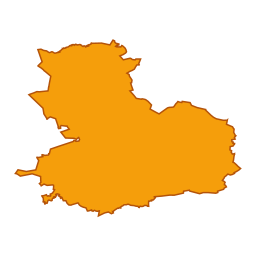 outline of Irlavas pag., Tukums, Latvia
{"feature_id": "27541924B56900525469147", "entity_name": "Irlavas pag.", "entity_type": "district", "adm_level": 2, "iso_a3": "LVA", "parent_name": "Latvia", "parent_adm1": "Tukums", "projection": "natural_earth1", "projection_center": [22.976, 56.86], "detail": "fine", "context": "isolated", "style": "filled", "palette": "amber", "viewbox_px": 256, "rotation_deg": 0, "n_neighbors": 0, "source": "geoboundaries", "source_scale": "gbopen_adm2", "svg_char_len": 5554}
<svg xmlns="http://www.w3.org/2000/svg" viewBox="0 0 256 256"><path d="M240.6,168.5L237.9,166.3L236.5,164.8L234.0,162.6L232.9,162.1L233.5,160.2L233.9,156.9L234.5,153.6L233.9,153.8L234.0,153.9L232.3,154.0L231.4,152.4L231.1,152.1L231.4,151.8L231.6,150.7L229.9,149.9L230.1,147.8L230.2,146.6L233.1,146.0L233.5,145.2L234.4,144.4L234.6,143.5L233.0,143.3L233.2,142.1L231.9,141.7L231.8,139.7L235.1,139.1L234.4,137.6L235.8,135.9L235.4,135.8L235.5,135.7L233.7,132.4L234.1,129.1L233.4,128.3L232.5,126.8L226.5,124.3L227.3,120.1L227.2,120.2L223.3,120.3L216.3,118.8L213.5,117.3L210.9,115.2L205.4,109.9L205.6,109.5L197.2,107.6L191.5,105.4L190.1,102.6L182.2,101.4L181.8,102.5L179.8,102.2L177.9,101.5L176.9,102.8L175.9,103.7L173.7,106.9L172.6,107.2L169.2,107.4L167.5,107.9L159.1,113.9L156.5,112.6L150.1,109.1L151.5,105.0L148.1,101.4L145.6,99.6L144.1,99.2L142.0,98.8L141.5,99.2L136.3,98.4L133.7,95.1L129.9,90.9L133.0,90.0L131.8,86.7L130.6,83.0L131.6,82.7L132.0,80.1L129.4,76.1L129.1,74.5L126.9,73.2L129.8,71.4L132.2,70.4L134.4,69.1L135.5,67.0L136.8,65.0L138.4,64.8L139.0,65.0L139.2,64.8L138.7,63.8L140.6,59.0L135.9,59.0L135.1,59.9L132.2,59.5L131.3,58.7L130.5,58.3L129.7,58.3L123.3,59.8L119.8,55.9L123.1,54.6L125.6,53.0L126.5,51.8L125.9,49.6L125.1,48.2L124.7,47.7L122.5,45.8L121.7,45.5L120.9,46.9L118.0,46.9L116.4,46.8L115.6,46.4L116.4,45.6L117.1,45.5L117.0,45.2L118.8,45.0L118.9,44.0L115.8,43.2L114.8,42.3L114.6,40.9L113.0,40.1L109.9,44.9L101.5,43.1L92.9,43.3L91.8,43.2L91.5,43.0L91.1,43.2L91.0,43.5L91.1,43.9L90.4,44.4L89.8,44.6L89.1,44.6L88.2,45.0L88.7,45.2L88.7,45.7L87.8,45.6L87.9,46.2L87.3,46.3L87.2,46.3L87.2,45.9L86.7,45.8L85.8,46.1L85.7,46.3L86.0,46.8L85.9,46.9L85.7,47.0L84.4,45.9L83.8,45.9L83.1,46.5L82.8,46.4L82.2,46.1L81.6,45.3L80.7,45.0L80.6,44.7L80.3,44.6L79.5,44.5L78.6,44.8L77.8,44.8L77.3,45.0L77.0,44.8L76.6,44.8L76.0,44.3L75.7,44.5L75.4,44.4L75.3,44.7L74.3,44.8L74.2,45.1L73.8,44.8L73.6,44.6L72.8,44.9L72.3,44.6L72.1,44.7L71.9,45.2L71.7,44.9L70.9,45.3L71.2,45.6L71.0,45.8L70.2,45.5L69.7,45.7L69.5,46.0L68.0,47.0L66.0,47.4L65.9,47.5L66.1,47.7L65.8,48.0L64.6,48.3L63.9,47.9L63.8,48.0L63.8,48.4L63.2,48.6L62.7,48.5L62.8,48.8L61.6,49.5L60.6,50.7L59.8,51.0L59.6,51.3L59.1,51.6L59.3,51.7L59.8,51.7L59.9,51.8L59.9,52.1L59.7,52.2L59.1,52.2L58.4,52.5L57.8,52.3L57.7,52.5L55.0,53.2L54.7,53.2L52.5,51.9L52.1,51.8L51.6,51.8L49.8,52.6L49.4,52.6L48.5,52.2L46.6,50.9L43.6,50.4L41.0,49.2L37.9,49.6L42.1,61.8L38.0,65.8L38.0,66.0L41.0,67.9L43.2,69.6L44.2,70.8L45.1,71.4L50.8,76.2L49.5,82.6L48.8,86.8L48.7,86.8L48.5,87.8L48.3,89.6L48.0,90.9L39.2,91.8L36.9,91.6L33.5,93.0L30.0,94.2L28.9,94.7L43.0,108.2L43.9,113.9L46.7,118.3L46.9,119.1L47.5,119.0L47.7,118.4L50.3,116.9L55.6,118.7L58.1,126.0L58.1,126.7L58.5,126.7L58.6,127.1L58.2,127.8L58.6,128.6L60.6,128.3L60.5,126.4L61.1,125.5L65.7,126.1L67.1,126.1L67.5,127.0L69.2,129.2L60.8,132.1L65.5,138.0L74.1,138.3L76.4,139.3L77.6,138.2L78.7,137.5L79.6,139.5L78.9,141.0L75.9,141.4L75.6,141.1L75.7,140.7L73.9,140.4L73.4,141.4L73.2,141.5L59.3,146.1L50.5,149.1L49.4,153.6L48.7,153.7L48.8,154.4L48.4,155.0L44.9,155.4L42.6,154.7L41.9,155.0L42.8,156.6L38.7,157.5L37.7,157.3L36.9,157.4L37.0,157.8L38.7,160.6L35.8,169.9L26.3,171.5L18.0,169.8L15.4,173.5L16.4,173.7L17.7,174.3L20.3,176.1L32.2,173.8L34.0,174.4L40.6,176.5L40.6,177.4L40.7,178.5L40.7,180.8L40.8,180.9L40.9,182.3L39.4,183.6L40.9,185.1L41.2,185.8L44.0,184.1L47.1,185.4L52.4,184.9L53.5,185.2L53.6,185.8L53.6,187.1L53.5,188.0L53.3,189.3L54.6,189.6L54.4,190.2L52.5,193.1L50.2,194.2L50.7,195.8L50.4,196.1L48.4,195.8L47.8,196.2L47.1,195.8L46.4,194.7L43.9,195.6L41.9,195.9L42.1,196.5L43.2,197.9L43.4,200.0L43.5,200.4L43.1,201.4L43.2,201.7L43.3,202.0L43.8,201.8L44.6,201.8L44.8,201.9L44.6,202.3L44.6,203.5L44.8,204.0L45.1,204.0L45.4,203.5L45.9,203.0L46.9,203.3L47.2,203.1L47.7,201.3L48.1,200.5L48.5,200.2L49.0,200.1L51.2,200.8L51.8,200.6L52.1,200.4L52.1,199.6L52.4,198.8L53.0,198.1L53.4,198.0L53.8,198.2L54.1,198.0L53.7,197.5L53.8,197.2L54.7,197.4L55.4,197.3L55.4,197.0L54.8,196.6L55.8,196.4L56.6,195.5L56.8,195.3L56.8,194.9L55.9,194.8L55.7,194.5L56.0,194.2L57.3,193.8L59.4,194.5L59.6,194.9L59.4,195.1L58.7,195.6L58.6,195.9L59.1,196.2L59.9,196.6L60.8,196.8L60.7,197.1L60.4,197.3L60.3,197.6L60.5,198.1L60.8,198.4L61.6,197.8L62.0,197.6L63.3,200.7L65.9,200.7L66.3,201.6L67.2,203.4L68.9,205.0L71.0,205.1L72.2,204.6L78.0,202.9L79.4,205.0L81.0,206.2L83.3,207.2L86.0,207.9L87.4,211.0L88.7,210.9L91.6,209.9L91.7,210.0L91.6,210.7L92.7,211.1L93.4,211.1L93.7,210.7L94.6,210.3L95.5,210.9L96.1,211.1L97.5,211.3L99.3,210.9L98.4,215.9L104.7,212.9L108.4,212.0L111.4,213.7L113.3,212.9L112.6,211.5L113.4,211.6L113.7,210.8L117.6,208.2L118.5,208.3L119.0,207.8L120.6,208.0L120.4,207.1L120.8,206.8L121.3,206.8L122.0,206.0L122.7,205.9L123.7,205.0L124.0,204.8L126.5,204.7L127.4,204.3L128.7,204.3L130.7,205.3L134.0,205.6L136.1,206.2L138.0,206.3L138.6,207.3L139.3,207.5L139.7,206.7L140.1,206.2L141.5,206.5L142.8,206.4L143.7,206.0L144.6,205.4L146.6,205.5L147.0,205.6L147.4,206.2L148.7,206.3L148.5,203.9L148.7,201.2L149.6,201.2L150.3,200.9L151.5,200.9L151.4,200.1L152.1,200.0L152.6,200.1L152.8,199.9L153.4,199.9L155.4,197.6L155.2,197.2L154.3,196.8L154.4,196.7L161.7,196.1L169.9,195.1L174.2,195.2L183.4,193.1L183.6,191.2L189.4,190.2L189.8,191.1L199.6,193.7L203.2,192.6L208.3,192.6L215.8,193.2L217.8,192.5L217.6,191.2L223.6,189.3L224.3,188.0L226.4,186.9L225.5,185.3L224.4,184.7L224.6,183.4L225.1,182.3L224.2,181.5L222.4,180.4L224.0,178.3L224.5,177.0L226.1,175.8L227.8,174.1L230.3,175.0L232.3,174.5L234.5,173.4L234.1,172.7L236.5,171.5L238.9,170.0L240.6,168.5Z" fill="#f59e0b" stroke="#b45309" stroke-width="1.5"/></svg>